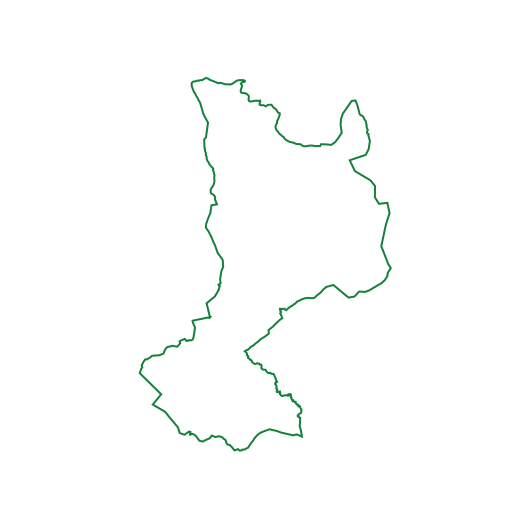 Gwaram, Jigawa, Nigeria (Robinson projection), rotated 250°
{"feature_id": "59680162B43366957039329", "entity_name": "Gwaram", "entity_type": "district", "adm_level": 2, "iso_a3": "NGA", "parent_name": "Nigeria", "parent_adm1": "Jigawa", "projection": "robinson", "projection_center": [9.954, 11.204], "detail": "fine", "context": "isolated", "style": "outline", "palette": "green", "viewbox_px": 512, "rotation_deg": 250, "n_neighbors": 0, "source": "geoboundaries", "source_scale": "gbopen_adm2", "svg_char_len": 6112}
<svg xmlns="http://www.w3.org/2000/svg" viewBox="0 0 512 512"><g transform="rotate(250 256 256)"><path d="M70.6,237.4L76.5,238.5L81.4,238.9L83.9,240.2L88.7,242.1L89.3,241.7L89.7,241.2L90.5,241.3L90.6,240.7L91.5,240.4L92.0,240.7L92.1,241.2L92.9,242.8L93.1,243.6L93.0,244.4L93.9,245.2L94.8,245.7L95.7,245.7L96.5,246.2L97.4,245.8L99.7,245.8L100.1,245.2L100.0,244.6L100.3,244.4L100.9,245.1L102.3,244.3L102.4,243.6L104.6,242.8L105.1,243.4L105.6,243.1L105.7,242.6L106.0,242.0L106.8,241.7L107.5,241.8L108.2,241.5L108.3,241.0L107.9,240.7L109.8,240.4L110.5,240.9L111.4,240.5L112.3,240.7L112.8,241.2L113.6,241.2L114.3,241.3L114.5,240.9L114.7,240.3L113.9,240.4L113.6,239.9L113.9,239.5L114.2,238.9L113.8,238.3L114.8,237.8L114.6,237.4L114.6,236.7L115.1,235.8L115.5,234.7L115.3,234.3L115.3,233.8L115.5,233.3L115.4,232.9L115.7,232.4L116.2,232.0L116.9,231.7L117.7,231.6L118.1,231.2L119.3,232.0L120.5,232.1L120.5,231.6L120.1,231.2L120.7,230.7L121.0,230.2L120.6,229.8L120.9,229.3L121.3,229.1L121.8,229.2L122.9,230.2L123.4,230.4L123.8,229.9L124.6,229.7L125.4,230.3L126.5,230.7L127.5,230.8L129.1,230.2L129.6,230.6L130.1,230.7L130.5,231.2L130.0,231.4L130.5,232.0L130.5,232.7L131.4,232.6L139.0,232.3L140.4,229.7L141.3,229.6L141.6,228.5L141.5,227.9L142.1,227.3L143.4,226.5L145.5,226.1L146.0,225.8L146.2,225.1L147.3,223.2L149.1,222.7L150.2,223.5L151.4,223.8L152.2,223.7L152.7,222.2L153.7,222.2L154.3,221.1L154.9,220.4L154.7,219.1L154.8,218.2L155.9,217.1L156.8,216.6L158.1,215.9L158.8,216.2L160.0,215.7L160.6,214.9L161.8,214.8L162.3,214.1L163.2,213.7L163.7,214.2L164.6,214.4L165.1,213.9L165.9,213.5L166.6,214.0L167.7,214.1L169.1,213.6L170.2,213.0L170.2,213.4L170.8,214.7L170.8,216.7L172.6,220.6L172.6,221.9L173.2,223.9L173.8,225.2L175.0,229.1L176.2,231.7L177.1,236.3L178.7,241.5L182.1,242.5L184.0,248.0L187.6,255.8L188.2,257.8L188.5,259.4L189.9,259.3L190.9,259.5L193.8,259.1L194.7,260.3L195.6,260.0L196.4,260.3L197.4,260.2L198.2,260.5L197.9,261.2L197.1,261.8L197.2,263.6L196.9,264.4L196.6,264.8L195.4,265.1L194.7,265.9L195.6,267.8L196.5,270.3L196.9,272.9L197.3,274.2L197.7,275.3L197.9,276.7L199.1,278.9L199.2,281.1L199.7,284.5L199.4,288.4L198.9,290.5L197.8,292.7L197.4,293.8L196.8,295.6L196.8,296.8L198.0,299.4L198.9,302.5L199.9,305.0L201.5,307.7L202.9,311.6L202.3,318.8L185.3,328.7L184.2,334.6L187.3,340.7L184.9,346.4L185.0,351.0L185.6,353.6L186.2,357.6L186.7,359.1L187.4,364.1L189.2,368.7L192.2,372.6L194.8,373.8L198.5,378.5L203.0,377.5L222.4,377.1L241.4,389.0L250.6,396.2L261.0,397.6L263.0,389.4L270.5,387.8L281.0,391.8L288.0,389.4L301.9,378.0L313.9,376.8L313.5,393.7L317.9,398.4L325.0,402.3L329.7,402.8L330.8,402.8L332.0,403.5L333.5,402.4L335.0,403.0L336.1,404.1L339.6,404.0L340.8,404.7L342.0,404.7L344.3,405.3L345.5,405.3L347.3,404.6L349.0,404.6L351.4,403.9L352.5,402.5L353.7,401.9L362.1,402.8L368.1,402.7L368.9,399.2L368.7,398.9L368.8,398.7L360.1,386.3L355.6,382.7L350.2,380.3L342.5,378.7L338.6,373.6L335.8,369.1L334.7,364.6L336.8,360.3L338.8,355.4L337.3,353.7L338.5,351.1L338.8,349.5L339.9,347.9L341.2,345.0L342.4,339.2L342.9,338.3L343.8,337.3L345.4,336.5L346.0,335.6L347.4,332.3L349.5,330.1L351.7,326.8L352.6,325.8L354.7,324.0L356.3,323.1L358.3,322.7L360.1,321.3L361.5,320.8L362.9,319.7L364.9,319.3L367.2,318.4L369.4,318.2L371.1,318.6L373.0,320.2L373.7,321.3L375.6,322.0L378.1,324.7L380.9,326.8L382.0,327.1L383.3,325.7L387.0,325.0L389.9,323.0L391.3,322.7L392.8,322.2L393.3,321.2L393.9,318.7L393.3,316.4L395.2,314.5L395.9,312.4L396.7,311.3L397.6,311.2L398.5,311.8L399.1,312.6L400.6,313.0L400.9,311.4L401.3,310.8L401.5,309.8L402.0,309.3L402.5,305.9L403.1,303.5L403.8,302.6L405.2,302.4L406.6,303.0L408.0,303.8L409.2,303.9L411.4,302.8L412.5,301.7L414.0,298.8L414.8,297.9L416.4,298.0L419.8,300.5L421.0,301.2L423.0,300.7L423.6,301.4L424.0,302.9L423.6,304.7L424.2,305.4L425.0,305.0L425.8,303.7L426.7,301.1L427.2,299.5L427.3,297.9L425.9,292.6L425.9,290.6L428.2,285.3L429.9,283.3L431.1,281.3L431.3,279.5L433.4,277.4L437.5,272.7L438.6,272.1L440.4,270.1L439.7,265.5L440.3,263.5L440.3,262.2L440.9,260.9L440.8,258.9L441.4,256.9L440.8,255.0L439.6,254.3L437.3,253.7L431.4,253.8L429.1,254.5L427.3,254.5L424.4,255.2L423.2,255.2L419.1,255.9L407.4,255.1L397.7,256.5L384.6,249.6L383.3,247.2L375.6,244.7L374.5,244.7L372.7,244.1L369.8,244.1L368.6,243.5L365.7,243.5L364.5,242.9L362.1,242.9L359.1,243.7L358.0,243.5L352.8,245.7L351.6,245.0L349.9,245.1L345.7,244.5L344.6,243.8L342.8,243.2L340.5,242.6L337.5,240.6L333.8,236.0L330.7,235.0L327.7,237.2L326.2,237.7L324.5,237.3L322.8,236.8L317.9,237.0L318.9,231.5L312.0,227.8L307.1,223.3L303.1,220.1L300.0,218.6L295.3,219.8L289.3,220.6L283.8,220.7L280.6,221.1L271.7,221.1L263.8,223.4L257.1,221.5L253.6,218.3L246.4,214.3L242.5,213.4L242.0,211.9L242.0,211.0L241.4,211.0L240.9,211.1L240.1,211.7L239.4,210.9L239.0,210.8L237.5,209.8L236.9,209.0L236.6,209.1L232.0,203.4L228.5,193.4L214.8,191.9L214.6,192.2L214.5,191.9L214.3,192.0L213.9,191.6L213.7,190.9L214.6,190.0L216.9,174.3L216.1,174.0L212.3,174.0L209.5,174.3L207.3,172.9L205.2,171.9L200.3,169.0L199.1,167.7L198.9,166.4L199.3,165.2L199.8,164.5L199.8,163.7L199.5,162.8L200.1,162.3L200.1,161.7L200.6,161.2L201.5,161.1L202.5,160.6L202.2,156.0L202.0,155.1L201.5,154.8L200.0,155.0L198.2,152.1L197.8,150.7L200.4,146.4L200.2,145.1L200.6,143.3L200.6,140.7L198.8,138.2L195.9,135.6L195.8,131.0L197.1,126.8L197.8,124.1L196.9,121.9L196.2,118.2L196.4,117.3L196.8,116.7L195.2,114.3L192.2,111.1L190.1,111.0L189.5,109.8L185.6,106.7L158.5,119.6L151.7,108.2L150.7,109.0L140.6,117.4L135.3,119.1L121.7,124.0L115.7,123.8L112.5,127.6L113.6,131.8L113.8,132.8L113.7,133.7L113.0,134.2L110.8,132.8L110.6,133.3L110.6,134.3L110.7,135.3L109.7,136.4L108.3,137.6L101.7,139.7L99.9,142.4L100.5,148.6L100.4,149.7L101.0,150.7L101.1,151.1L101.4,151.4L102.4,153.1L101.4,154.0L100.4,155.3L99.8,155.7L99.3,159.5L98.3,161.0L97.3,162.2L95.3,163.1L93.4,164.5L90.5,164.2L88.4,164.9L87.4,166.7L84.8,167.9L80.6,169.3L80.7,172.9L78.7,174.1L78.2,176.4L78.7,177.0L78.0,179.6L78.5,181.1L78.6,183.0L81.7,187.1L83.4,190.0L85.1,192.1L86.8,195.1L88.0,198.1L88.5,200.8L88.6,207.0L88.4,209.9L87.0,211.6L84.4,215.9L81.7,218.9L74.7,229.7L74.4,233.3L70.6,237.4Z" fill="none" stroke="#15803d" stroke-width="2"/></g></svg>